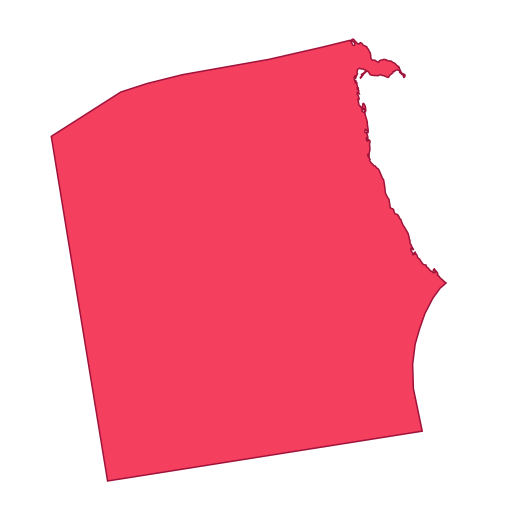 Shallatin, Al Bahr al Ahmar, Egypt (Natural Earth projection), rotated 351°
{"feature_id": "37247803B26246524516343", "entity_name": "Shallatin", "entity_type": "district", "adm_level": 2, "iso_a3": "EGY", "parent_name": "Egypt", "parent_adm1": "Al Bahr al Ahmar", "projection": "natural_earth1", "projection_center": [35.577, 23.072], "detail": "fine", "context": "isolated", "style": "filled", "palette": "rose", "viewbox_px": 512, "rotation_deg": 351, "n_neighbors": 0, "source": "geoboundaries", "source_scale": "gbopen_adm2", "svg_char_len": 5558}
<svg xmlns="http://www.w3.org/2000/svg" viewBox="0 0 512 512"><g transform="rotate(351 256 256)"><path d="M439.5,312.4L439.1,312.0L437.8,310.5L436.0,308.2L434.5,306.6L433.9,305.3L433.4,304.4L432.4,303.5L432.1,302.9L432.7,302.5L432.7,301.7L432.4,300.8L431.8,299.6L431.1,298.5L430.5,298.0L430.6,297.5L430.1,296.6L429.3,297.0L429.0,297.6L428.9,298.5L429.2,298.6L429.8,298.3L430.3,298.6L430.6,299.1L430.6,299.6L430.3,300.1L429.4,300.5L428.6,300.3L427.9,299.5L427.5,299.0L425.8,297.7L425.2,296.5L424.3,295.1L423.5,294.0L422.8,293.4L422.5,292.7L422.5,291.5L421.4,291.2L420.0,290.5L419.3,289.6L418.5,287.8L418.1,287.1L417.7,286.1L417.1,284.6L416.3,283.9L415.8,283.4L415.4,282.4L415.0,280.2L414.3,278.9L413.9,278.0L413.7,277.6L413.8,277.1L413.3,277.1L413.2,277.2L413.0,277.4L412.8,277.8L412.8,278.6L412.9,279.0L412.3,279.2L412.3,278.5L411.8,278.7L411.2,279.1L411.0,278.7L411.4,278.4L411.1,277.5L410.3,275.8L409.8,274.1L410.0,273.1L410.7,272.6L411.3,272.7L411.5,273.8L412.0,274.4L412.5,274.2L412.3,273.6L411.8,272.3L411.3,271.1L410.9,269.1L410.1,267.5L410.5,265.0L410.1,262.6L410.1,261.0L409.9,258.3L409.4,256.5L408.0,253.0L407.3,251.2L406.0,248.4L405.3,245.5L404.9,243.5L404.6,242.2L403.6,241.3L403.4,239.5L402.3,237.3L401.1,236.6L399.7,235.6L399.4,234.7L399.3,233.1L399.1,231.6L398.3,230.7L397.5,230.3L396.2,229.4L396.2,227.0L396.2,223.7L396.2,220.9L395.3,219.1L394.4,216.7L393.6,213.5L393.9,209.7L394.0,207.2L394.0,202.5L393.9,200.5L392.9,198.6L392.4,196.2L391.7,193.3L391.0,190.6L390.2,188.9L388.7,187.7L388.1,186.1L387.5,185.6L386.5,185.3L385.5,183.5L384.3,182.0L383.4,180.0L383.1,179.0L383.7,178.5L383.5,177.5L383.0,176.6L382.5,175.6L382.2,174.4L382.2,173.2L382.7,172.9L383.0,173.6L382.9,174.7L383.1,175.4L383.3,175.6L383.4,174.7L383.5,173.8L384.1,171.4L385.1,169.2L385.4,166.5L385.5,164.4L385.8,163.0L386.5,160.8L386.5,159.8L385.9,159.2L385.6,158.9L385.2,159.0L384.8,160.0L384.1,160.0L383.5,159.5L383.3,157.0L383.5,156.7L383.8,156.4L384.2,157.0L384.1,158.1L384.4,158.5L384.7,158.3L385.1,155.9L384.8,153.3L384.2,151.5L383.0,150.9L383.1,149.8L383.4,148.5L384.0,148.0L384.8,148.7L385.2,149.9L385.3,150.7L385.5,151.5L385.8,151.7L386.1,151.3L386.5,149.2L386.6,143.4L386.9,140.9L386.5,137.5L385.9,133.7L386.0,132.7L385.9,131.6L385.1,131.1L384.1,130.3L383.4,129.7L383.4,128.5L383.7,127.6L384.2,127.6L384.6,128.3L385.1,128.3L385.2,127.6L385.6,127.0L386.2,127.6L386.4,128.6L386.3,129.3L386.0,130.1L386.5,130.6L387.2,129.6L387.3,128.1L387.4,125.7L387.0,124.0L386.5,122.8L386.1,122.1L385.9,122.1L385.4,122.3L384.9,123.9L384.5,124.9L384.2,125.8L383.8,126.2L383.3,126.1L382.8,125.2L382.3,124.2L381.3,123.0L381.3,119.1L381.1,117.5L381.5,116.8L381.8,117.1L382.2,117.4L382.5,116.6L382.3,115.2L382.1,113.8L381.7,113.0L381.3,111.8L381.5,110.9L381.9,110.3L382.3,110.7L382.8,111.6L383.3,111.9L383.1,110.6L383.0,109.5L383.4,109.0L383.1,107.9L383.3,106.6L383.2,105.9L382.6,106.1L382.7,107.0L382.6,107.5L382.2,107.2L382.3,105.9L382.7,104.2L382.6,103.1L382.3,102.3L382.7,101.5L382.7,100.4L382.3,100.0L381.8,100.5L381.2,100.5L381.4,99.5L381.7,99.2L382.0,99.0L382.0,98.4L380.8,98.3L380.8,96.6L380.9,94.9L381.4,94.4L381.6,95.0L381.7,95.8L382.2,96.1L382.7,95.0L382.5,94.4L382.5,93.6L382.8,93.7L383.4,94.0L384.0,93.1L384.6,92.0L384.8,91.7L384.4,91.0L384.6,90.1L385.0,88.8L385.5,87.6L386.1,87.4L386.4,87.3L387.5,86.8L388.4,87.2L389.3,87.8L390.2,88.0L391.2,88.0L391.8,88.7L392.3,89.1L393.1,89.3L393.6,89.5L394.0,89.9L394.1,90.3L393.8,90.7L392.8,90.9L392.0,91.4L390.9,92.2L390.3,92.4L389.0,93.0L388.7,93.2L388.5,93.3L388.6,93.9L389.4,93.9L388.7,94.5L388.1,95.1L386.9,96.0L387.1,96.6L388.1,95.9L389.5,94.5L390.6,93.3L392.1,92.2L392.8,91.6L394.0,91.1L395.1,91.1L395.7,91.4L396.1,92.2L396.5,93.4L397.1,94.7L398.3,95.4L400.5,96.1L404.2,96.9L405.3,97.0L406.1,96.5L406.9,96.2L407.9,96.9L408.8,97.4L410.1,97.7L411.0,98.3L412.4,99.1L413.5,99.9L414.4,100.3L415.2,99.9L416.1,98.7L417.3,97.8L418.5,97.3L419.9,96.4L420.1,95.6L421.1,95.1L421.4,95.4L421.9,95.1L422.8,94.6L423.3,94.3L424.0,94.2L425.4,94.6L426.2,95.1L426.7,95.3L427.0,96.0L426.9,96.5L426.6,96.7L427.0,97.7L427.7,98.3L428.2,99.0L428.9,100.0L429.5,100.3L429.8,100.6L429.9,101.2L429.7,102.0L429.9,102.7L430.5,102.7L431.0,102.0L431.5,100.9L431.2,100.0L430.5,99.5L429.3,98.9L428.5,98.0L427.9,96.6L427.6,95.4L427.2,94.3L427.0,93.2L427.0,92.3L426.6,92.1L426.1,91.8L426.1,91.4L426.4,91.0L425.1,90.2L424.6,89.3L423.5,87.7L422.2,86.6L421.2,86.1L420.7,85.4L420.2,84.8L419.3,84.4L418.3,84.2L417.3,84.0L416.7,83.9L415.9,83.0L414.9,82.4L413.8,82.0L413.0,81.8L412.4,81.8L411.9,82.2L411.2,82.2L410.5,82.0L409.2,82.2L408.6,82.4L408.1,82.8L407.8,83.2L407.5,83.6L407.2,83.8L406.9,83.7L406.5,83.5L405.8,82.9L405.1,82.2L404.0,81.2L403.6,81.0L402.9,81.0L402.0,80.9L401.4,80.5L400.8,79.8L400.5,78.8L400.4,77.8L400.6,76.6L400.7,74.8L400.6,73.3L399.9,71.4L399.4,69.7L398.7,68.4L398.2,67.2L398.0,66.5L396.9,65.9L395.9,65.3L394.6,64.2L393.9,62.7L393.3,62.1L392.5,61.6L391.9,61.9L390.9,62.8L390.0,62.3L389.1,61.6L388.2,60.2L387.6,59.3L386.9,58.4L386.7,57.8L386.2,57.2L385.9,57.0L385.5,57.0L385.0,57.1L384.3,57.5L383.9,57.5L383.7,57.7L383.6,57.9L383.7,58.3L383.9,58.5L384.3,58.4L384.7,58.5L385.0,58.9L385.2,59.2L385.8,59.8L386.3,60.2L386.6,60.5L386.8,61.4L386.8,62.1L386.5,62.9L386.2,63.2L385.8,63.4L385.0,63.2L384.6,62.8L384.4,62.2L384.1,61.4L383.9,60.6L383.8,60.0L383.7,59.5L383.5,59.2L383.0,58.7L382.6,58.2L382.1,57.7L353.9,60.1L299.3,63.8L211.7,65.4L175.4,68.6L148.1,72.9L72.5,105.8L74.2,455.0L392.8,455.0L390.7,411.6L393.8,387.4L399.4,368.0L406.0,353.9L413.8,339.3L424.1,325.3L432.8,316.6L439.5,312.4Z" fill="#f43f5e" stroke="#9f1239" stroke-width="1.5"/></g></svg>